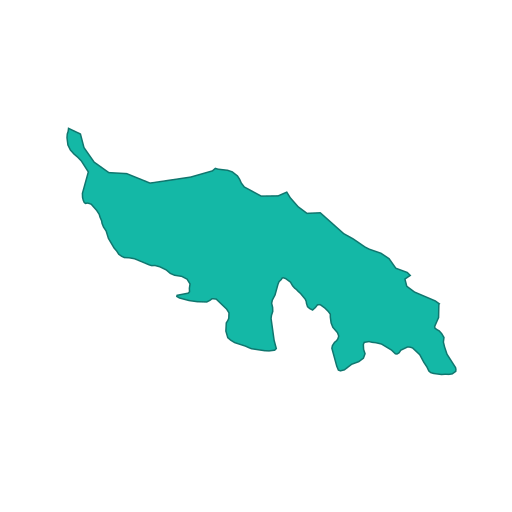 Lima Province, Equal Earth projection, rotated 135°
{"feature_id": "PER-587", "entity_name": "Lima Province", "entity_type": "Captial District", "adm_level": 1, "iso_a3": "PER", "parent_name": "Peru", "parent_adm1": "", "projection": "equal_earth", "projection_center": [-76.899, -12.031], "detail": "fine", "context": "isolated", "style": "filled", "palette": "teal", "viewbox_px": 512, "rotation_deg": 135, "n_neighbors": 0, "source": "natural_earth", "source_scale": "10m", "svg_char_len": 2536}
<svg xmlns="http://www.w3.org/2000/svg" viewBox="0 0 512 512"><g transform="rotate(135 256 256)"><path d="M298.3,478.8L293.9,466.4L301.0,454.3L304.1,436.8L301.1,419.0L289.2,405.7L279.4,382.5L246.4,358.0L226.6,347.0L222.8,346.7L221.5,344.3L215.5,336.7L213.3,332.3L212.5,325.7L213.4,321.7L214.8,318.1L215.5,313.1L210.0,294.7L197.9,282.9L189.1,279.4L190.6,273.1L191.4,261.1L189.8,250.1L180.0,241.1L178.2,209.8L175.2,199.3L172.6,185.3L171.1,180.7L165.7,169.6L163.8,160.0L165.8,148.5L160.7,137.4L160.7,133.2L167.0,134.4L170.8,128.0L169.4,118.4L161.0,97.5L160.2,92.6L160.3,92.6L161.0,92.4L170.4,83.4L179.4,79.9L180.5,78.5L180.1,75.9L179.4,73.5L179.6,69.8L180.7,65.5L184.4,62.6L187.0,58.3L190.4,51.5L193.8,36.0L194.8,34.5L196.3,33.2L200.6,33.9L203.3,35.9L205.8,38.6L208.6,41.0L213.5,47.4L214.9,50.0L215.1,52.4L213.6,56.7L212.5,62.1L210.0,70.4L210.3,80.3L211.5,82.6L213.1,84.5L220.2,87.0L223.3,86.4L225.6,87.0L226.6,88.3L226.7,93.7L229.5,105.0L232.6,110.0L234.8,112.7L236.6,115.6L240.5,118.4L242.7,117.5L246.0,113.8L248.0,109.8L252.3,107.8L258.0,108.6L264.9,111.8L274.0,113.0L277.5,115.1L278.4,117.1L276.8,121.0L267.6,137.1L265.3,138.6L261.5,139.4L258.9,139.1L256.5,139.6L254.1,140.9L252.6,144.2L252.1,151.2L250.2,155.6L246.6,160.3L244.6,162.3L244.1,165.7L244.1,170.6L245.0,176.2L247.0,178.0L250.5,177.6L254.2,177.8L255.2,180.9L255.4,183.7L253.8,186.8L252.6,188.4L251.7,190.7L251.0,198.1L251.2,201.2L251.1,203.7L251.4,206.0L251.2,209.0L250.1,213.2L251.0,219.1L252.2,221.5L253.4,221.9L254.7,221.5L257.8,221.6L260.6,220.4L270.1,215.0L275.6,213.3L278.4,211.5L280.6,207.9L283.3,205.0L287.0,203.1L289.5,201.2L302.8,183.6L307.1,176.2L309.4,176.2L313.9,179.7L316.9,183.0L324.8,193.7L326.0,196.6L327.2,199.8L332.3,209.8L333.4,214.3L333.7,218.2L330.4,224.2L324.3,229.7L321.6,230.3L319.3,231.2L315.3,234.9L314.3,239.3L314.6,253.6L316.1,255.6L317.4,256.9L319.8,257.2L323.3,258.3L329.9,265.3L334.8,271.8L339.8,280.4L340.6,283.4L339.6,284.0L330.1,277.6L328.3,277.7L325.9,280.3L322.4,282.9L321.1,288.4L322.9,294.1L327.2,300.0L328.9,304.3L329.3,309.6L331.6,316.3L334.1,320.7L336.6,323.0L337.8,325.3L343.8,339.9L346.9,344.4L350.2,348.0L351.2,350.8L351.8,354.3L351.0,357.9L350.7,362.0L347.9,372.8L344.3,379.6L343.3,384.4L341.8,387.9L340.3,390.0L338.8,393.8L337.4,396.3L336.4,401.0L335.9,409.1L336.7,410.9L337.8,412.7L339.4,413.7L339.6,415.3L338.7,417.6L337.2,420.1L334.5,423.0L315.1,434.0L312.3,446.7L312.2,452.0L312.6,456.7L312.3,462.2L310.5,467.5L306.0,473.3L303.2,475.7L300.6,477.0L298.3,478.8Z" fill="#14b8a6" stroke="#0f766e" stroke-width="1.5"/></g></svg>